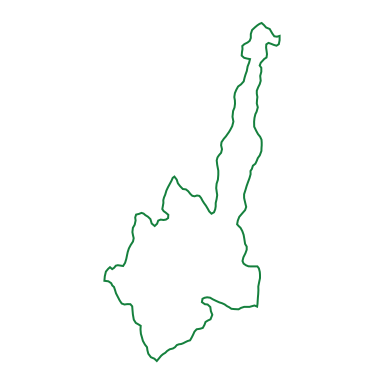 outline of Ibiracatu, Minas Gerais, Brazil
{"feature_id": "56859067B13974408487448", "entity_name": "Ibiracatu", "entity_type": "district", "adm_level": 2, "iso_a3": "BRA", "parent_name": "Brazil", "parent_adm1": "Minas Gerais", "projection": "equal_earth", "projection_center": [-44.13, -15.651], "detail": "fine", "context": "isolated", "style": "outline", "palette": "green", "viewbox_px": 384, "rotation_deg": 0, "n_neighbors": 0, "source": "geoboundaries", "source_scale": "gbopen_adm2", "svg_char_len": 3823}
<svg xmlns="http://www.w3.org/2000/svg" viewBox="0 0 384 384"><path d="M279.6,35.9L277.0,36.7L274.3,36.3L272.3,33.5L269.7,29.0L266.1,27.5L263.9,25.0L261.6,23.0L259.5,23.9L257.4,25.3L255.0,27.3L252.1,30.0L250.8,34.0L250.8,38.0L249.7,40.8L247.6,42.5L244.4,44.1L242.3,46.0L242.5,49.0L242.0,52.0L241.7,55.6L244.1,57.8L247.2,58.6L250.0,59.1L249.1,62.7L247.6,66.5L246.8,71.0L245.5,74.6L244.6,77.6L243.7,81.4L241.0,84.4L238.1,86.5L236.3,89.8L234.9,93.1L234.3,97.1L234.9,100.4L235.0,103.8L234.5,107.5L233.1,111.0L232.5,116.8L233.4,121.6L232.2,126.2L230.3,129.8L229.0,132.0L227.5,134.1L225.9,136.4L223.8,138.8L221.5,142.2L221.1,145.3L222.0,149.2L221.1,152.8L219.0,155.2L217.5,157.4L216.7,160.4L217.2,164.8L218.3,170.7L218.3,174.8L217.9,179.7L216.6,183.7L216.2,188.1L216.7,191.8L217.2,195.1L216.6,199.1L215.7,203.0L215.7,206.3L215.2,209.3L214.0,212.3L211.5,213.7L209.2,211.4L207.9,209.0L206.0,205.8L203.9,202.9L202.4,200.5L201.1,198.0L199.4,195.9L197.0,195.5L194.6,196.3L192.3,195.8L190.4,194.0L188.2,191.2L185.9,189.4L182.8,189.0L180.1,186.2L177.9,183.3L176.7,179.6L174.4,176.6L172.7,177.9L171.6,180.5L169.9,183.7L168.0,187.2L166.4,190.6L165.2,194.7L164.0,197.5L163.3,200.2L163.4,203.0L162.9,205.8L162.3,209.1L163.7,211.2L165.7,212.6L168.3,214.8L168.1,218.1L165.9,219.6L163.5,220.0L160.7,219.6L158.2,220.6L157.1,223.7L154.7,226.0L151.7,223.5L150.4,219.1L147.9,216.7L145.3,215.1L143.6,213.6L141.5,212.9L139.0,213.9L136.1,214.6L135.2,217.5L135.6,220.5L134.7,224.7L132.9,227.8L132.4,232.1L133.0,235.3L133.7,238.2L133.0,241.5L130.7,245.0L128.9,248.4L127.7,252.1L126.9,255.9L126.3,258.8L125.1,262.8L123.1,266.0L120.5,265.6L117.8,265.2L115.8,265.7L114.1,267.8L112.2,269.1L110.0,267.2L108.2,268.8L105.9,271.6L104.8,276.3L104.4,280.8L108.4,281.3L111.2,283.2L112.3,285.5L114.0,287.0L115.1,290.3L116.0,293.3L117.7,296.6L119.7,300.5L121.7,303.5L124.5,304.5L127.3,304.1L130.4,304.2L132.2,306.3L132.5,310.1L132.9,314.5L133.8,319.7L135.8,322.9L138.6,324.5L140.7,325.8L140.5,329.4L140.9,333.8L142.0,337.6L142.9,340.9L144.9,344.5L147.0,347.2L147.4,350.2L148.3,353.7L150.9,357.2L154.4,358.7L156.8,361.0L158.8,358.6L161.2,355.7L163.0,354.2L165.3,352.8L167.1,351.0L169.7,349.3L172.9,348.5L175.0,347.2L176.8,345.1L178.9,344.3L181.2,344.0L183.3,343.2L185.4,342.1L187.7,341.0L190.1,340.3L191.8,337.3L193.1,334.7L194.5,331.6L196.6,329.3L200.3,328.7L202.8,327.9L204.5,324.8L205.5,322.0L207.7,320.6L210.5,319.3L212.3,314.8L210.9,311.2L210.3,307.0L207.6,304.5L204.9,304.2L201.9,302.1L202.5,298.8L204.5,297.8L207.1,297.3L210.1,297.7L212.8,299.3L216.1,300.9L219.4,302.4L222.0,303.2L224.6,304.4L227.1,306.2L229.1,307.2L231.4,308.8L234.6,309.1L238.6,309.3L241.0,307.9L244.1,306.9L246.8,306.9L249.4,306.9L252.3,306.1L254.5,305.5L257.1,306.6L257.5,303.9L257.7,300.5L257.9,297.5L258.2,294.2L258.4,290.2L258.3,286.5L259.2,281.9L260.0,278.1L260.0,274.8L259.8,272.0L258.9,268.4L257.4,266.4L253.6,266.4L250.7,266.4L248.5,266.3L246.0,265.3L243.6,263.6L242.5,261.0L243.4,257.3L245.4,253.3L246.7,249.7L246.7,246.6L245.1,243.9L244.2,238.1L243.6,234.8L242.3,231.1L240.5,227.8L238.7,226.1L237.1,224.3L237.8,220.6L239.3,216.8L242.3,213.3L245.1,210.1L246.2,206.9L245.4,203.6L244.7,200.6L244.1,197.9L244.1,194.2L245.5,189.9L246.6,186.1L247.8,182.7L249.5,178.1L250.6,174.2L250.5,171.0L251.9,168.9L252.9,165.7L255.4,163.7L256.8,160.7L257.8,158.1L259.8,155.3L261.4,151.0L261.5,148.1L261.7,145.3L261.7,142.5L261.5,139.7L260.1,136.7L258.0,134.1L256.3,131.0L254.2,126.7L254.1,121.6L254.5,117.8L255.4,114.1L256.6,111.7L257.8,107.3L256.8,103.5L257.0,100.3L257.4,97.0L256.8,93.8L256.8,90.7L258.2,87.2L259.7,84.2L260.7,80.8L260.2,75.9L261.3,71.8L261.3,67.8L259.7,65.5L260.8,62.7L262.4,61.0L264.3,58.9L266.5,57.5L267.0,54.2L266.6,51.1L266.1,47.7L266.3,44.4L268.5,42.9L271.1,43.8L273.8,44.9L276.5,45.7L278.8,44.2L279.6,40.2L279.6,35.9Z" fill="none" stroke="#15803d" stroke-width="2"/></svg>